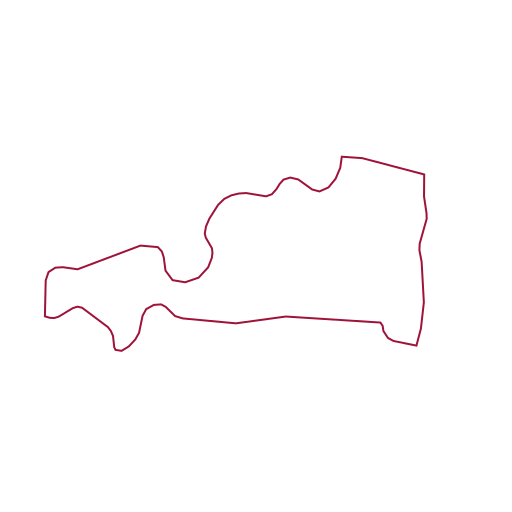 map outline of Fermo (Robinson projection), rotated 24°
{"feature_id": "ITA-5430", "entity_name": "Fermo", "entity_type": "Province", "adm_level": 1, "iso_a3": "ITA", "parent_name": "Italy", "parent_adm1": "", "projection": "robinson", "projection_center": [13.497, 43.091], "detail": "fine", "context": "isolated", "style": "outline", "palette": "rose", "viewbox_px": 512, "rotation_deg": 24, "n_neighbors": 0, "source": "natural_earth", "source_scale": "10m", "svg_char_len": 1129}
<svg xmlns="http://www.w3.org/2000/svg" viewBox="0 0 512 512"><g transform="rotate(24 256 256)"><path d="M376.5,113.1L385.3,133.3L394.4,147.6L396.8,152.6L400.5,178.1L402.9,184.2L409.7,194.0L428.2,230.1L436.2,255.3L439.0,272.6L416.3,277.7L409.9,277.2L402.9,272.7L400.1,268.3L396.7,266.2L307.8,299.2L265.0,325.7L214.5,342.8L206.5,343.8L194.2,339.2L189.0,338.8L182.6,342.2L177.3,349.2L176.7,356.8L180.4,373.7L179.7,381.3L176.6,390.3L171.8,397.3L165.9,398.9L163.6,397.0L157.9,387.2L153.9,383.5L149.7,381.2L118.1,374.0L113.5,374.9L109.8,378.2L100.3,391.8L96.9,394.7L92.9,396.3L87.7,397.0L73.8,363.8L73.0,355.1L77.4,348.3L84.1,344.8L98.4,340.7L146.2,293.5L162.7,287.8L168.2,290.2L172.3,294.8L179.3,306.2L189.6,312.0L202.0,308.8L212.4,299.1L216.9,285.8L216.4,275.7L215.0,271.0L212.7,266.9L202.7,259.7L200.1,256.4L198.3,249.4L198.2,240.7L200.6,224.6L203.8,216.7L208.8,210.6L214.9,205.9L221.4,202.5L240.9,197.4L245.4,193.1L247.5,186.5L248.3,180.5L250.1,175.0L255.4,170.4L263.5,168.9L280.3,172.4L287.7,171.2L294.3,163.9L297.3,153.1L297.1,141.2L294.0,130.4L313.2,123.4L376.5,113.1Z" fill="none" stroke="#9f1239" stroke-width="2"/></g></svg>